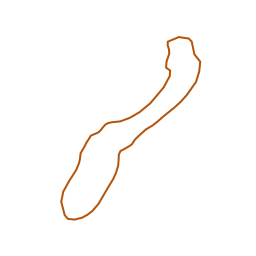 Ifalik, Federated States of Micronesia, rotated 61°
{"feature_id": "79324940B29071405098983", "entity_name": "Ifalik", "entity_type": "district", "adm_level": 2, "iso_a3": "FSM", "parent_name": "Federated States of Micronesia", "parent_adm1": "", "projection": "equal_earth", "projection_center": [144.456, 7.25], "detail": "fine", "context": "isolated", "style": "outline", "palette": "amber", "viewbox_px": 256, "rotation_deg": 61, "n_neighbors": 0, "source": "geoboundaries", "source_scale": "gbopen_adm2", "svg_char_len": 959}
<svg xmlns="http://www.w3.org/2000/svg" viewBox="0 0 256 256"><g transform="rotate(61 128 128)"><path d="M144.6,140.6L144.5,136.1L144.2,132.6L141.5,127.5L140.1,122.5L137.9,112.9L137.7,105.0L136.5,98.1L135.2,92.4L132.5,77.0L130.6,69.1L127.6,60.5L120.7,46.2L113.2,38.4L105.1,32.7L95.8,34.2L83.3,30.4L79.2,31.5L73.1,39.5L71.8,51.3L74.9,53.2L79.3,54.1L83.0,55.9L88.7,62.2L93.7,65.4L98.2,63.3L102.8,66.3L109.7,77.0L112.9,85.2L117.2,96.6L119.7,110.0L120.0,121.6L118.4,131.8L115.2,139.1L114.0,143.3L114.1,146.3L115.5,150.2L116.7,152.9L117.5,156.1L117.0,161.1L116.7,164.2L118.7,167.7L120.6,171.3L123.7,175.9L125.3,178.7L127.1,181.7L131.9,185.1L135.0,187.9L139.5,193.5L146.0,205.5L152.3,215.5L160.2,222.2L165.8,223.6L173.5,225.6L178.4,224.6L182.2,219.1L184.2,211.5L184.2,205.4L183.3,199.4L180.1,190.7L175.0,182.1L170.7,174.9L165.5,165.8L161.3,160.1L156.0,154.7L150.4,151.1L146.8,148.9L144.5,145.7L144.6,140.6Z" fill="none" stroke="#b45309" stroke-width="2"/></g></svg>